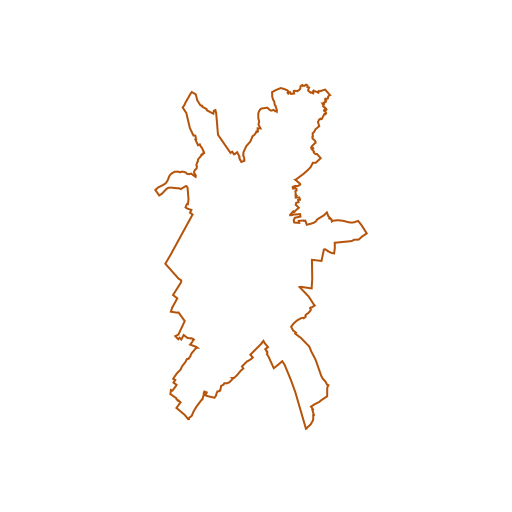 outline of Iasi, Iasi, Romania, rotated 238°
{"feature_id": "2599482B38113668882079", "entity_name": "Iasi", "entity_type": "district", "adm_level": 2, "iso_a3": "ROU", "parent_name": "Romania", "parent_adm1": "Iasi", "projection": "equal_earth", "projection_center": [27.601, 47.156], "detail": "fine", "context": "isolated", "style": "outline", "palette": "amber", "viewbox_px": 512, "rotation_deg": 238, "n_neighbors": 0, "source": "geoboundaries", "source_scale": "gbopen_adm2", "svg_char_len": 6149}
<svg xmlns="http://www.w3.org/2000/svg" viewBox="0 0 512 512"><g transform="rotate(238 256 256)"><path d="M230.8,145.1L226.6,145.9L227.2,147.8L224.8,148.4L227.3,152.8L222.9,154.4L220.7,156.9L220.7,157.4L218.7,158.9L218.0,159.0L217.7,157.5L216.9,156.5L215.8,153.2L210.4,157.3L209.2,157.7L209.8,156.7L207.7,150.1L206.8,148.4L205.6,147.1L205.0,145.0L204.5,144.4L205.2,142.7L203.5,140.0L201.6,134.8L199.5,131.6L198.5,127.0L196.4,122.0L195.7,120.7L193.6,121.8L192.3,118.9L188.9,120.4L188.4,119.8L186.1,113.7L187.4,112.9L184.3,110.2L177.6,113.1L176.7,112.7L175.2,113.0L174.3,113.3L174.5,113.7L171.9,114.5L169.3,108.0L158.9,111.4L153.5,112.0L153.3,112.7L154.1,113.0L154.5,116.8L157.0,120.3L159.6,125.2L163.2,134.5L162.9,134.7L166.0,138.1L167.8,139.4L168.4,140.4L166.4,141.9L165.8,141.2L165.1,139.0L162.9,140.6L157.8,145.7L158.8,148.1L160.4,149.7L161.6,151.6L160.8,153.1L161.2,154.0L160.9,154.4L164.3,157.6L164.1,160.3L164.9,161.8L163.6,163.5L163.0,166.4L164.2,171.4L165.2,171.1L164.2,173.0L165.1,177.1L166.8,182.2L167.3,185.6L169.8,185.6L171.4,192.7L171.2,193.3L171.2,197.1L171.6,199.5L175.3,198.9L178.9,214.6L179.3,214.8L180.1,217.3L177.2,217.2L172.4,217.9L172.1,214.5L169.3,214.9L169.2,214.3L167.7,214.3L167.0,213.7L166.9,213.2L164.3,213.3L151.4,211.6L152.0,217.1L152.9,222.5L148.5,222.6L132.4,219.9L119.4,217.1L83.0,206.8L82.9,207.5L83.2,207.7L84.2,213.1L86.5,217.3L88.1,218.6L90.9,220.3L90.6,220.9L95.6,222.2L95.5,222.7L96.0,222.8L96.0,223.1L99.1,222.8L99.2,227.3L98.7,232.4L99.1,234.3L99.3,242.0L106.5,246.6L108.1,248.9L109.0,248.1L112.4,248.4L116.5,247.6L119.7,247.8L136.6,251.6L145.8,252.3L150.9,253.2L162.6,250.7L169.4,248.1L169.8,249.3L173.2,248.0L177.4,248.3L178.9,252.4L179.6,256.7L179.4,260.8L179.0,262.5L178.3,263.5L178.0,263.5L178.0,265.5L178.2,266.0L179.5,266.5L180.0,268.8L179.8,269.7L180.7,272.9L181.4,274.1L183.2,274.2L183.3,275.3L182.9,276.0L182.9,279.6L184.5,279.3L193.8,279.2L206.5,276.5L206.1,277.7L199.0,286.0L206.7,291.5L223.1,301.4L217.1,308.9L225.5,317.0L225.2,318.1L222.1,319.7L221.9,319.5L218.4,321.8L216.8,323.6L220.9,327.0L225.5,329.8L218.4,344.1L217.9,345.5L217.8,347.8L215.5,351.8L216.3,356.2L216.5,361.9L226.5,361.8L231.7,361.2L232.4,357.7L233.4,355.2L235.1,352.9L239.6,348.6L242.9,344.5L245.1,340.1L245.1,338.6L247.4,339.4L248.9,338.1L249.3,338.9L251.2,338.4L255.4,339.2L254.5,335.2L254.6,328.0L254.4,326.7L253.7,325.3L253.5,323.2L254.2,319.9L255.6,315.6L259.9,316.6L260.3,315.3L260.9,315.2L263.1,310.8L261.2,310.2L263.9,306.4L264.4,306.1L266.7,307.2L267.4,308.8L267.9,309.1L265.9,314.6L268.1,315.6L271.1,310.1L271.9,307.5L272.5,306.6L272.9,306.9L274.1,311.2L273.2,311.2L273.0,311.9L273.6,313.8L274.2,317.9L278.4,316.8L279.8,318.3L279.1,320.6L281.2,321.4L280.4,323.1L281.3,323.5L282.8,323.7L284.5,320.6L285.7,321.4L285.8,322.2L286.5,321.7L287.1,322.0L287.1,322.4L289.7,323.5L290.1,323.8L290.1,325.2L291.3,325.8L292.8,325.4L293.1,323.8L293.6,323.1L295.0,323.6L295.1,324.1L294.7,326.4L293.3,328.0L293.1,331.3L294.0,331.6L299.9,329.7L299.7,330.5L300.5,340.0L301.5,345.9L302.5,349.6L304.9,353.6L303.4,356.1L304.7,362.7L310.2,361.8L310.5,360.8L312.5,359.9L313.3,359.9L313.9,360.5L317.0,359.9L316.9,361.5L317.6,361.5L318.0,360.5L318.8,360.3L319.5,361.6L320.5,365.7L320.4,366.5L321.5,367.1L323.2,367.0L325.7,366.2L327.3,367.1L327.2,367.4L327.6,367.8L330.0,369.0L330.5,371.3L331.9,373.5L332.6,378.4L336.7,379.5L338.2,381.7L338.3,383.3L337.5,383.6L337.3,384.3L340.2,389.2L340.0,389.8L339.4,390.1L339.9,391.1L342.0,391.2L342.9,390.7L343.5,390.9L344.0,392.3L342.7,393.0L343.0,393.5L345.3,393.2L346.9,392.2L347.6,392.4L348.3,393.1L349.4,393.1L348.5,393.8L348.9,394.3L350.2,394.6L349.8,395.5L349.8,396.9L350.5,396.8L350.8,397.6L351.2,397.3L351.9,397.4L352.7,398.2L351.7,399.5L351.5,400.4L352.9,401.6L353.4,403.1L353.2,404.0L360.5,402.8L361.5,398.9L362.4,396.5L362.6,396.5L362.6,395.7L361.4,395.5L361.4,395.2L362.4,395.0L365.3,392.5L365.7,392.5L365.5,391.7L364.2,391.2L363.6,390.7L363.8,390.5L365.6,389.5L365.6,388.8L368.6,387.9L369.3,388.3L370.7,390.3L372.2,389.1L373.1,389.9L374.2,389.7L374.8,389.2L374.6,387.3L375.3,386.8L375.4,385.8L376.5,385.8L376.4,383.7L374.4,382.2L374.0,381.0L374.0,378.7L373.8,378.5L376.0,375.8L375.7,375.2L373.6,374.4L375.0,371.5L376.7,371.7L376.9,370.5L376.6,369.4L377.8,369.3L378.4,370.7L379.9,370.4L382.8,368.3L385.3,366.0L386.1,361.3L386.5,356.5L382.3,354.1L379.3,353.3L377.6,353.4L374.2,352.0L372.6,352.2L372.2,351.8L368.8,351.1L367.4,350.1L368.3,349.7L368.5,349.1L370.7,348.3L371.0,346.3L372.0,345.3L375.9,344.1L377.2,340.7L378.0,339.4L378.2,337.6L377.1,335.2L375.8,333.6L374.2,332.5L371.2,330.8L368.4,330.0L366.1,327.7L361.8,327.4L363.4,325.0L360.5,323.6L360.5,322.9L361.4,322.4L360.1,320.3L359.5,318.3L359.4,316.5L356.1,311.9L354.3,305.9L350.6,300.3L348.6,299.0L348.4,298.5L345.6,298.0L343.5,297.0L343.6,296.5L342.9,296.4L343.5,293.4L346.2,293.7L346.4,293.4L348.6,294.1L348.8,294.6L354.0,295.0L353.7,292.0L353.9,291.2L357.1,291.1L356.9,289.0L378.9,288.0L398.2,297.9L401.3,298.9L401.5,297.3L399.3,295.2L405.7,291.5L406.8,292.0L410.8,289.6L412.0,290.0L413.0,288.8L413.6,288.7L419.2,288.7L425.0,290.6L429.1,288.4L428.3,286.5L423.7,277.9L421.7,274.8L420.8,272.5L414.2,272.7L399.5,267.7L391.3,266.8L390.6,268.1L389.8,268.3L387.7,267.3L386.8,267.2L386.9,266.3L380.7,265.5L380.5,267.5L378.0,267.1L377.2,267.5L371.8,266.9L371.8,266.5L370.8,266.5L370.9,264.1L370.4,264.1L370.6,263.0L370.1,262.6L368.6,258.0L367.0,256.8L366.8,256.1L364.8,253.6L363.5,253.5L361.6,251.9L361.3,249.7L360.0,247.9L359.3,247.6L356.3,247.6L355.4,247.1L355.1,246.7L360.3,244.6L360.7,242.8L362.0,241.2L364.1,240.6L365.5,239.5L366.9,237.7L367.2,235.9L368.9,234.6L370.6,231.5L370.7,228.2L370.4,226.5L369.6,224.7L366.9,221.1L365.6,218.3L365.4,215.2L366.0,209.3L365.3,205.6L358.6,206.0L358.7,209.4L360.3,215.5L360.3,217.8L359.1,220.1L355.1,225.2L354.2,226.7L352.6,227.6L352.5,233.4L352.1,234.1L350.3,234.2L339.8,228.8L336.1,225.8L336.6,225.3L336.4,224.5L334.6,222.0L332.9,222.7L329.3,225.6L327.7,223.0L324.8,224.2L302.0,183.7L297.5,175.0L277.9,178.3L275.0,179.7L273.4,178.5L266.9,165.0L261.8,166.8L256.4,157.2L253.9,154.3L249.6,159.2L249.2,160.4L238.6,161.1L230.5,148.6L230.8,145.1Z" fill="none" stroke="#b45309" stroke-width="2"/></g></svg>